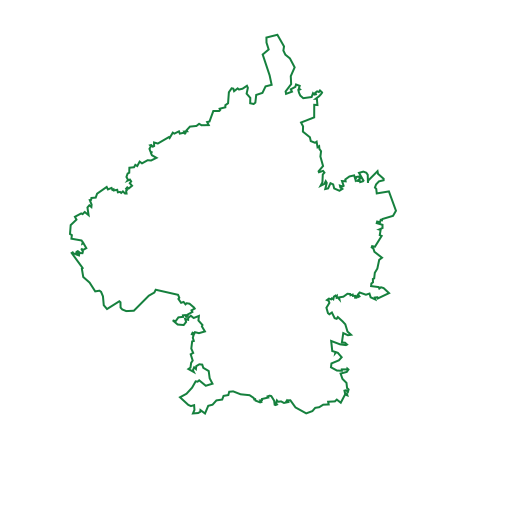 outline of Álamo Temapache, Veracruz, Mexico, rotated 143°
{"feature_id": "50627088B22684914859278", "entity_name": "Álamo Temapache", "entity_type": "district", "adm_level": 2, "iso_a3": "MEX", "parent_name": "Mexico", "parent_adm1": "Veracruz", "projection": "robinson", "projection_center": [-97.719, 20.991], "detail": "fine", "context": "isolated", "style": "outline", "palette": "green", "viewbox_px": 512, "rotation_deg": 143, "n_neighbors": 0, "source": "geoboundaries", "source_scale": "gbopen_adm2", "svg_char_len": 6148}
<svg xmlns="http://www.w3.org/2000/svg" viewBox="0 0 512 512"><g transform="rotate(143 256 256)"><path d="M230.9,399.1L235.8,398.2L235.9,397.0L238.3,398.5L238.2,396.7L239.1,396.5L239.7,398.0L243.2,399.6L242.5,401.9L247.6,402.9L248.2,404.6L254.0,402.2L254.0,403.4L266.7,404.9L269.1,408.0L271.2,405.1L272.6,405.4L272.9,407.7L273.9,408.1L273.8,406.9L276.6,405.7L277.5,402.7L276.9,401.7L278.0,401.3L278.5,399.1L276.4,394.3L282.3,395.4L284.9,397.7L291.3,398.6L292.1,401.4L296.7,399.3L297.5,401.4L300.0,400.3L304.0,402.7L307.1,398.8L308.9,399.1L311.9,397.1L312.4,393.8L313.3,393.5L310.7,392.9L310.8,390.7L313.0,390.1L312.7,386.7L317.0,386.5L317.5,388.3L319.3,387.9L319.2,386.4L320.6,386.1L321.8,383.8L323.0,384.7L323.4,387.7L325.7,387.5L326.0,389.0L328.0,390.0L327.0,392.4L330.1,393.9L329.6,395.0L330.9,395.2L330.4,397.3L334.2,398.3L333.7,401.0L345.4,401.4L348.9,399.1L352.5,401.4L353.9,400.1L355.1,400.7L356.4,395.9L358.0,394.2L358.6,396.8L361.4,396.2L365.1,389.4L366.3,394.2L369.3,393.8L370.0,395.2L377.0,396.3L377.5,393.1L385.4,392.2L391.3,385.5L390.5,383.5L393.0,380.9L386.0,373.4L386.0,371.4L387.3,370.3L386.1,370.1L386.8,364.4L390.5,364.9L391.1,367.1L391.6,363.7L392.9,362.7L394.5,364.0L395.4,367.1L396.8,367.3L397.6,366.2L395.9,364.2L397.0,363.0L398.7,365.5L398.3,366.5L400.3,367.2L400.2,369.2L401.4,369.3L401.7,350.7L402.7,350.7L406.6,343.2L404.9,334.9L405.7,324.5L401.9,322.5L401.3,320.6L402.5,315.9L407.2,308.3L406.9,303.3L392.4,302.1L392.1,300.6L395.2,296.3L395.0,293.8L392.8,290.1L386.5,285.8L365.5,288.8L359.2,288.0L356.4,289.4L341.6,271.9L342.4,268.8L343.8,268.4L344.0,263.7L341.5,262.9L341.4,259.8L339.8,260.0L337.8,257.9L336.5,252.1L336.6,250.9L340.2,251.4L340.5,249.6L346.8,250.5L346.6,249.6L348.4,249.4L348.1,251.4L350.1,252.6L350.9,251.3L354.9,253.7L359.4,252.3L361.2,254.7L359.8,248.4L355.3,244.4L351.5,245.4L350.5,248.3L348.6,245.9L347.4,247.4L344.0,247.5L343.1,244.0L337.7,242.5L340.8,239.1L340.3,233.1L341.6,232.3L342.2,226.5L348.0,228.7L350.6,231.9L351.8,231.2L352.8,232.9L354.3,232.2L353.4,230.4L355.7,228.7L356.8,225.6L358.4,226.2L363.4,221.0L364.5,216.4L367.3,216.8L369.5,210.6L372.1,209.7L375.5,206.3L378.0,206.4L375.5,200.8L375.1,202.8L372.4,204.3L372.0,201.9L370.0,204.0L366.4,203.6L364.3,201.6L365.4,198.4L363.0,192.6L366.6,186.2L367.6,180.2L374.2,182.6L376.2,190.9L378.3,190.8L379.6,192.2L386.3,189.3L394.4,187.8L401.7,188.9L399.7,177.9L398.3,175.3L395.2,174.1L397.8,170.1L401.1,168.2L396.7,165.4L394.3,165.1L393.1,166.4L391.5,160.9L384.3,165.1L380.2,163.4L374.5,164.5L369.4,161.7L366.1,163.8L361.8,161.6L359.1,163.7L355.7,161.6L351.5,154.8L344.9,148.7L343.3,144.1L343.7,142.5L342.8,142.1L343.4,140.8L340.8,136.6L339.7,136.2L339.5,138.1L338.1,137.2L337.3,138.2L331.4,135.6L331.2,136.9L329.1,136.2L328.1,134.9L328.6,129.5L330.6,126.0L330.1,125.2L328.6,124.8L328.6,126.4L326.2,128.1L326.1,126.3L323.5,124.8L322.1,121.8L319.1,120.4L319.6,121.5L318.0,122.1L317.6,120.4L316.8,121.1L315.4,120.1L315.6,111.3L310.6,100.1L304.3,98.2L300.1,99.1L296.5,97.2L291.8,96.8L287.3,93.7L286.1,96.2L280.5,92.4L277.9,92.7L276.6,87.8L268.2,91.8L266.9,89.7L266.2,91.6L267.6,92.6L266.4,95.2L264.9,94.6L264.3,92.2L262.4,93.7L262.7,95.8L260.1,100.2L260.9,105.8L259.2,111.2L253.3,108.8L250.5,109.7L250.8,111.1L251.4,110.5L255.7,113.8L256.5,112.7L260.3,115.8L263.1,122.0L260.4,124.8L252.6,122.8L248.5,123.6L248.9,129.4L249.9,130.9L251.3,130.6L250.3,131.5L252.3,134.2L247.1,142.9L242.0,134.8L237.8,130.7L236.6,130.5L237.1,133.2L239.4,135.3L232.7,141.9L230.3,137.4L227.5,135.9L228.4,140.6L225.8,147.7L226.2,151.7L227.4,158.0L229.4,157.3L230.6,159.0L229.4,165.2L232.5,165.3L232.9,167.1L230.9,172.3L225.6,174.4L224.9,176.4L225.8,178.1L223.4,178.1L222.0,176.1L220.8,176.5L220.3,174.9L218.2,176.7L216.2,176.5L216.4,175.2L215.6,175.3L216.7,174.0L215.7,173.6L215.5,171.1L214.6,173.0L210.7,170.9L205.7,170.8L203.7,169.0L204.2,167.8L202.0,167.0L202.6,165.8L200.7,164.4L201.9,163.1L200.8,162.2L198.9,163.2L198.9,161.7L197.7,161.5L197.6,163.9L195.2,164.5L191.5,158.9L188.0,157.7L189.3,154.0L186.8,149.4L186.1,151.3L183.9,150.0L184.3,148.8L172.1,146.3L173.4,153.6L175.0,155.8L177.1,155.8L176.7,157.3L182.2,162.7L180.4,164.6L178.4,164.6L176.5,167.3L175.1,167.0L171.2,171.1L166.7,172.9L159.9,178.8L156.4,178.8L158.9,188.1L157.8,191.2L158.4,193.3L157.3,194.0L155.5,191.8L143.6,196.4L144.6,198.2L140.7,201.9L141.6,203.0L138.1,202.2L136.2,204.8L139.8,209.6L138.5,210.6L136.6,208.4L134.7,209.8L133.9,208.7L132.9,209.5L122.4,205.6L117.0,207.9L111.0,227.6L121.9,233.3L119.6,237.2L119.8,239.1L117.0,240.9L112.9,241.6L108.5,239.7L107.6,240.8L109.1,248.2L107.9,250.6L121.1,248.7L122.6,247.0L117.9,253.6L117.8,256.1L119.5,258.8L123.7,260.4L124.8,251.5L125.6,251.3L128.3,252.3L127.9,253.2L130.0,255.1L126.3,255.1L126.1,257.6L128.2,258.7L130.6,257.2L129.1,261.3L133.5,263.3L138.6,263.4L139.5,261.7L142.2,264.1L143.8,259.3L145.0,259.4L146.6,261.7L147.4,259.9L146.7,257.6L150.1,257.9L152.9,262.9L151.3,266.7L152.7,269.3L157.7,266.6L160.4,267.8L155.5,271.8L155.3,273.8L157.9,272.4L162.2,273.2L158.6,274.9L153.6,280.9L151.2,281.4L151.2,283.6L155.3,285.0L155.0,286.0L148.3,287.5L144.7,296.7L141.0,300.5L140.9,303.4L139.5,305.7L141.4,305.8L138.8,310.8L140.7,310.9L143.1,314.8L141.5,318.4L143.7,327.1L140.4,331.2L139.7,335.5L126.1,331.7L118.5,341.7L116.1,339.6L112.8,344.9L113.7,345.6L109.4,345.6L106.8,346.1L104.9,346.7L104.8,346.8L105.3,349.7L107.1,349.1L108.1,350.7L110.4,350.7L110.8,349.1L112.3,349.8L112.5,351.7L115.9,349.5L123.3,353.6L124.1,357.5L123.4,360.5L122.3,363.1L120.6,362.6L120.9,364.0L118.7,365.6L120.8,368.9L122.8,367.4L127.9,368.2L128.4,365.6L134.4,367.4L133.3,369.6L124.5,372.1L120.0,378.7L111.6,383.4L110.0,393.4L111.4,399.1L110.5,403.6L107.5,406.5L105.8,419.8L116.2,424.2L119.2,420.1L121.6,413.3L129.4,412.9L136.4,392.1L140.5,383.3L146.3,385.7L152.7,382.4L158.9,384.5L164.2,378.9L166.4,378.8L168.7,381.5L165.4,385.7L165.8,391.3L161.3,395.2L160.8,397.4L166.1,397.7L169.4,399.2L169.8,400.9L174.3,400.8L173.4,403.3L174.5,404.6L179.1,403.1L186.4,394.8L189.7,394.9L191.0,393.2L196.4,395.5L196.7,394.2L198.0,393.9L202.8,397.5L212.2,391.4L214.4,392.4L215.0,389.0L220.8,393.2L221.9,395.8L225.3,395.7L230.9,399.1Z" fill="none" stroke="#15803d" stroke-width="2"/></g></svg>